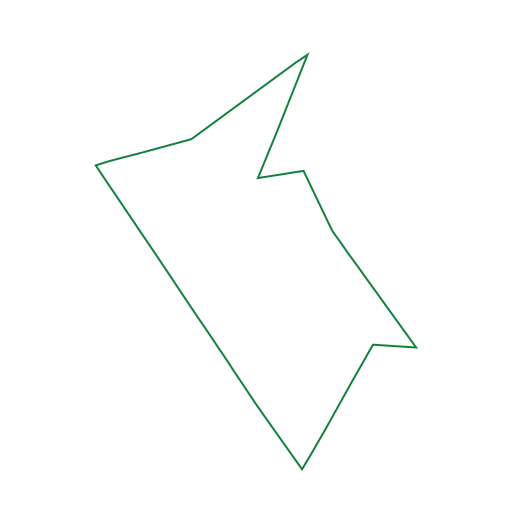 Lajedo, Pernambuco, Brazil (Albers equal-area conic projection), rotated 7°
{"feature_id": "56859067B99804914790127", "entity_name": "Lajedo", "entity_type": "district", "adm_level": 2, "iso_a3": "BRA", "parent_name": "Brazil", "parent_adm1": "Pernambuco", "projection": "albers", "projection_center": [-36.292, -8.674], "detail": "fine", "context": "isolated", "style": "outline", "palette": "green", "viewbox_px": 512, "rotation_deg": 7, "n_neighbors": 0, "source": "geoboundaries", "source_scale": "gbopen_adm2", "svg_char_len": 579}
<svg xmlns="http://www.w3.org/2000/svg" viewBox="0 0 512 512"><g transform="rotate(7 256 256)"><path d="M177.6,147.9L125.7,169.1L110.8,174.9L96.7,180.6L85.9,185.6L98.7,200.5L131.9,238.6L136.2,243.6L158.7,269.4L176.9,290.5L184.2,299.1L207.3,325.8L213.2,332.4L239.9,363.2L245.6,370.0L273.4,402.3L284.2,414.3L327.7,462.1L334.2,447.4L346.5,418.4L365.7,371.1L382.9,329.8L426.1,327.3L363.2,259.4L358.7,254.4L346.1,241.0L338.7,232.7L329.1,222.3L323.8,214.2L292.8,165.7L248.4,178.4L261.2,131.8L282.6,49.9L272.0,59.1L177.6,147.9Z" fill="none" stroke="#15803d" stroke-width="2"/></g></svg>